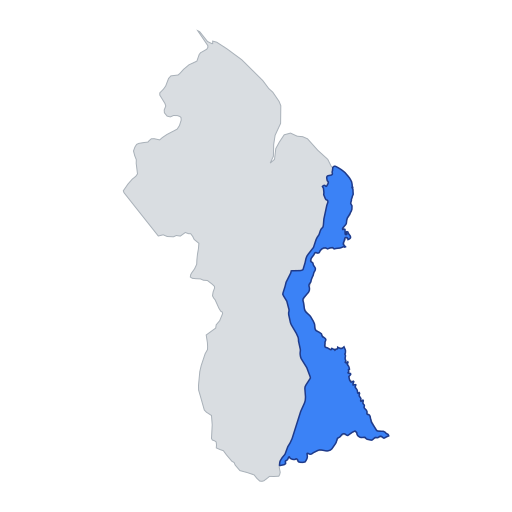 East Berbice-Corentyne on a map of Guyana (Robinson projection)
{"feature_id": "GUY-671", "entity_name": "East Berbice-Corentyne", "entity_type": "Region", "adm_level": 1, "iso_a3": "GUY", "parent_name": "Guyana", "parent_adm1": "", "projection": "robinson", "projection_center": [-57.523, 3.897], "detail": "fine", "context": "in_parent", "style": "filled", "palette": "blue", "viewbox_px": 512, "rotation_deg": 0, "n_neighbors": 0, "source": "natural_earth", "source_scale": "10m", "svg_char_len": 9598}
<svg xmlns="http://www.w3.org/2000/svg" viewBox="0 0 512 512"><path d="M158.3,236.0L146.8,221.5L135.3,207.0L124.0,192.7L123.3,190.8L128.0,184.0L132.3,179.1L135.8,176.3L137.5,173.9L136.2,163.4L136.3,159.7L134.7,155.6L133.5,151.0L134.9,147.1L136.6,144.4L138.8,143.4L144.1,142.5L147.9,142.1L149.2,140.6L151.3,138.8L154.2,138.7L159.7,139.9L162.3,137.6L166.9,134.5L177.2,129.1L179.5,125.5L181.2,120.1L181.0,117.5L179.9,116.5L177.4,115.6L173.5,115.5L170.3,116.9L167.1,116.1L164.4,112.8L164.2,110.0L165.8,106.0L164.9,103.4L159.8,95.1L159.8,92.9L163.5,89.1L165.7,86.0L168.6,78.4L170.9,75.9L178.1,75.0L179.9,73.4L183.6,69.3L189.0,64.8L196.9,61.1L199.2,54.5L200.6,52.7L206.8,49.2L207.9,47.3L207.8,45.6L197.7,30.7L199.7,31.7L207.5,41.5L211.8,43.6L212.7,43.6L212.7,41.1L216.7,42.2L226.9,48.8L241.8,59.8L262.8,80.6L268.7,88.5L272.8,92.2L279.0,101.3L280.8,105.7L280.6,123.4L275.1,135.3L273.7,144.3L273.4,156.2L270.2,163.1L274.5,159.4L275.8,148.6L279.4,142.0L284.2,134.8L290.5,133.1L297.2,136.2L302.7,136.7L307.5,138.8L317.8,150.3L327.8,159.4L331.4,166.7L342.1,170.3L348.3,176.1L350.3,181.1L351.6,194.1L349.5,213.7L350.1,214.7L347.2,218.6L346.7,221.1L344.9,225.4L343.4,227.8L345.5,233.2L347.9,233.5L348.8,234.2L349.4,235.2L349.3,236.4L348.4,237.4L346.1,238.7L343.9,241.9L344.1,245.3L342.7,247.1L338.4,248.1L329.8,248.1L325.6,248.3L322.2,248.9L320.0,251.1L317.2,252.7L314.9,253.1L313.0,255.7L311.0,259.4L311.7,261.9L313.7,265.3L314.9,268.7L313.3,274.3L311.6,278.6L310.6,281.9L309.3,288.2L306.0,295.2L303.6,299.1L303.6,303.4L304.8,309.5L311.5,318.5L313.8,322.7L315.6,329.5L321.7,334.9L325.5,339.3L325.2,345.0L325.7,346.8L328.0,348.2L330.9,349.4L334.1,349.3L337.0,348.8L337.6,348.0L344.2,347.9L345.0,349.3L345.4,357.6L345.6,360.9L347.2,362.3L348.1,364.3L348.2,366.2L348.5,370.8L349.5,373.2L349.3,378.2L350.0,380.0L351.8,381.2L354.1,384.7L355.0,385.2L355.4,386.4L357.4,391.5L358.4,393.0L359.1,393.2L359.4,395.0L360.8,399.7L361.8,400.8L363.6,404.3L364.4,408.1L366.8,412.3L369.3,415.3L370.4,418.4L373.6,425.3L376.7,430.1L380.9,431.3L384.3,432.0L386.5,433.8L388.7,435.8L386.4,436.8L384.3,438.0L381.4,437.0L377.5,437.6L373.3,438.9L369.5,439.6L362.3,437.4L360.1,437.1L358.6,436.2L355.7,431.9L354.2,431.4L350.4,433.4L345.8,434.8L343.5,434.5L340.8,436.0L338.3,437.9L333.6,446.2L331.1,449.1L328.5,450.4L323.2,450.4L317.6,450.7L313.4,452.7L309.4,453.7L307.5,453.9L306.8,458.4L305.9,460.5L304.7,461.7L301.6,462.1L298.8,461.9L297.2,460.0L294.1,459.1L291.3,458.4L289.5,457.3L288.1,457.6L286.9,459.5L285.9,461.1L285.1,464.1L280.9,465.0L279.1,466.7L280.2,472.3L279.7,474.5L278.8,476.2L273.8,476.5L269.5,476.4L267.0,478.4L263.9,480.8L262.0,481.3L259.8,481.1L256.9,478.4L254.1,474.9L247.0,472.5L239.9,470.6L235.2,465.1L234.1,462.5L231.9,461.3L226.4,454.8L223.4,450.7L220.1,449.6L216.3,447.9L216.5,444.9L216.2,442.0L214.6,440.8L212.3,440.0L211.5,438.4L211.7,434.6L212.2,424.8L211.5,415.5L206.4,412.2L204.3,410.0L200.4,396.2L198.6,390.0L198.5,385.4L199.8,371.6L201.2,365.6L205.2,353.6L207.5,349.6L207.6,346.5L207.4,342.6L206.2,335.0L212.9,330.1L215.7,328.1L216.2,324.8L219.7,320.7L221.3,316.8L222.6,313.7L222.3,312.1L220.7,311.2L218.9,308.2L215.1,299.8L213.7,298.1L212.5,295.8L213.1,292.0L214.6,288.0L214.4,286.3L212.1,284.1L207.4,280.5L203.4,280.2L200.4,278.9L195.9,278.7L192.3,278.3L190.3,277.0L190.7,274.7L191.6,273.0L194.6,268.8L196.7,264.3L196.9,259.8L197.5,254.0L198.4,249.0L198.9,243.3L194.2,239.5L192.7,236.4L190.7,233.7L188.6,233.7L185.3,232.5L180.3,236.1L176.3,235.5L173.5,236.8L167.2,236.5L163.2,234.8L158.3,236.0Z" fill="#d9dde1" stroke="#a8b0b8" stroke-width="1"/><path d="M344.0,346.8L345.3,349.9L345.5,350.8L345.4,352.9L345.3,353.3L344.8,354.0L345.0,354.6L345.3,355.1L345.5,355.8L345.4,356.5L345.1,357.8L345.1,358.5L345.2,359.2L345.8,360.6L345.6,361.4L345.3,361.9L345.2,362.3L345.8,362.8L346.3,362.9L346.9,362.7L347.7,361.9L347.8,362.2L348.0,362.3L347.2,364.1L347.7,365.2L348.6,366.2L349.1,367.5L349.5,369.3L349.3,369.5L348.6,369.5L348.4,369.7L348.7,371.4L348.0,372.8L348.7,373.3L350.5,373.5L350.7,374.4L350.1,375.2L349.3,376.0L348.8,376.6L349.5,379.8L349.7,380.4L350.1,380.7L350.6,381.8L351.2,382.1L351.7,382.0L352.8,381.4L353.4,381.2L353.8,381.7L352.9,383.9L353.2,385.0L353.4,384.9L355.3,384.6L355.8,384.8L355.7,385.5L355.1,386.9L355.4,387.7L356.8,389.4L357.3,390.5L357.6,392.9L358.1,393.3L359.2,392.6L359.6,393.3L359.2,394.9L359.2,395.9L359.5,396.5L360.8,398.3L360.9,398.7L360.6,400.8L361.0,401.3L361.7,401.0L362.9,400.1L363.3,400.7L363.2,401.4L363.0,402.0L362.9,402.6L363.0,403.5L363.3,404.0L364.2,405.0L364.4,405.6L364.3,406.2L364.0,407.1L364.4,408.2L366.3,410.1L367.0,411.5L366.9,413.7L367.2,414.2L367.7,414.5L368.9,414.8L369.4,415.1L370.1,416.3L370.6,419.0L371.0,420.3L371.4,422.1L376.6,430.5L378.1,431.2L383.4,431.3L385.5,432.5L385.8,433.0L386.1,433.4L386.6,433.7L387.7,434.1L388.2,434.6L388.5,435.2L388.7,435.9L386.2,437.0L384.5,438.0L383.7,438.1L382.9,437.6L382.1,436.9L381.2,436.3L380.2,436.2L379.3,436.6L378.6,437.2L377.8,437.7L376.7,437.6L375.6,437.4L374.9,437.6L372.5,439.7L371.9,440.1L371.1,440.1L367.3,439.3L366.6,439.0L365.7,438.2L365.4,437.6L364.9,437.3L363.7,437.3L361.9,437.5L361.0,437.5L360.1,437.3L358.6,436.4L357.6,435.5L357.0,434.2L356.7,432.5L355.0,431.0L352.4,432.2L347.8,435.5L346.7,435.2L344.7,433.8L343.4,433.7L342.2,434.2L341.4,435.0L340.7,436.0L339.9,436.9L338.7,437.6L338.0,437.9L337.4,438.4L336.1,442.5L335.5,443.6L331.9,448.8L330.3,450.1L327.8,450.9L326.1,450.9L321.5,450.0L319.6,449.9L317.9,450.4L313.5,452.6L311.7,453.9L310.7,454.2L309.8,454.2L308.2,453.4L307.3,453.3L307.0,453.7L307.1,454.7L307.4,456.6L307.2,457.6L306.9,458.8L305.9,460.7L305.1,461.9L302.8,462.4L300.2,462.3L298.5,461.8L298.1,461.3L297.7,459.9L297.3,459.4L296.4,458.8L295.8,458.9L295.3,459.3L294.6,459.5L293.6,459.5L292.4,459.3L291.3,458.9L290.3,458.4L289.9,457.9L289.4,456.9L289.2,456.8L288.6,457.2L287.9,458.9L287.5,459.7L287.0,460.1L285.8,460.7L285.4,461.1L285.3,461.7L285.6,463.0L285.6,463.6L284.1,464.7L279.5,465.6L279.4,465.8L279.8,462.1L280.3,460.7L282.2,457.6L284.5,454.9L285.1,454.0L287.8,446.7L290.1,442.9L292.1,438.6L300.7,411.4L304.4,403.2L305.1,401.1L305.3,399.9L305.4,398.7L305.5,396.9L304.9,389.0L304.9,388.1L305.1,386.7L306.0,384.9L310.2,378.4L310.4,378.0L310.2,376.8L306.8,367.7L301.1,358.5L300.5,356.6L300.2,354.8L300.1,353.1L300.4,350.3L300.3,349.2L298.5,341.0L298.5,339.6L298.3,338.2L298.1,337.3L296.3,333.3L291.3,324.8L290.9,323.9L290.4,322.5L288.7,314.7L288.6,312.8L289.0,311.0L289.0,309.7L286.8,301.2L283.6,296.0L282.8,294.3L283.0,293.0L285.1,286.3L286.1,282.2L290.7,273.1L291.3,270.8L300.4,270.6L302.0,270.2L303.0,269.6L305.1,262.6L305.9,258.8L306.8,256.3L308.2,254.2L313.5,247.4L316.1,239.5L317.2,237.3L319.0,234.7L320.3,230.8L321.1,229.1L322.9,227.1L323.2,226.1L323.4,224.8L323.9,218.9L326.8,205.3L327.8,202.5L327.9,202.0L327.8,200.9L327.0,200.0L326.2,199.8L325.4,198.8L323.7,194.7L323.9,192.6L323.6,189.7L323.4,188.2L322.4,186.5L323.1,185.8L324.2,185.3L324.6,185.4L324.9,185.5L325.8,186.3L326.1,186.4L326.4,186.3L326.9,185.7L328.1,183.5L328.3,182.1L328.1,181.6L327.3,180.8L327.2,180.5L326.8,178.6L326.7,177.6L326.8,176.9L327.3,176.1L327.6,175.9L328.5,175.6L330.7,175.2L331.5,175.0L332.0,174.6L332.3,174.3L332.4,173.9L332.4,173.5L332.1,172.2L332.3,171.1L332.6,170.4L332.5,170.0L332.7,168.7L332.7,167.7L333.4,166.9L333.9,166.5L334.1,166.3L334.4,166.2L335.4,166.3L336.5,166.8L338.5,167.9L340.9,169.4L342.8,170.8L345.0,172.6L349.4,177.8L350.5,179.6L351.6,181.8L352.1,184.3L352.2,185.8L352.4,186.6L352.7,187.2L352.8,187.7L352.9,188.4L352.1,187.1L351.7,186.7L353.0,189.7L353.0,191.1L353.2,194.3L352.3,196.4L352.1,197.5L351.4,199.3L351.4,200.6L350.9,202.1L350.7,203.5L352.0,205.9L351.9,209.2L351.3,211.1L350.6,212.3L350.0,213.7L347.2,218.2L347.2,218.6L346.7,219.9L346.6,220.9L346.5,222.2L346.3,223.6L345.7,224.6L343.1,227.6L342.7,228.2L342.5,228.9L342.7,229.5L343.2,229.5L344.0,229.1L344.5,229.3L344.8,229.3L345.0,229.4L345.1,233.7L345.2,234.2L345.5,234.5L345.9,234.7L346.4,234.6L346.8,234.4L346.9,233.9L346.4,233.2L346.1,232.6L346.2,232.0L346.6,231.7L347.2,231.7L347.8,231.9L348.0,232.3L348.4,233.4L350.2,235.9L350.6,237.1L350.4,238.0L349.7,238.7L348.9,239.2L348.0,239.6L347.7,238.4L347.3,237.8L346.6,237.5L345.6,237.5L345.0,237.9L344.7,238.7L344.3,240.5L343.5,242.5L343.3,243.2L343.3,244.1L343.5,244.7L345.5,246.8L344.9,247.1L344.5,247.1L344.1,246.9L343.6,246.8L342.8,246.9L341.4,247.6L340.0,248.0L335.7,248.5L334.8,248.8L334.1,248.9L333.8,248.7L332.9,247.8L332.6,247.6L331.3,247.7L330.0,247.9L327.6,248.9L325.5,247.8L323.5,248.0L321.7,249.0L320.2,250.6L319.4,252.3L318.8,252.9L317.5,253.1L316.8,252.9L316.3,252.6L315.7,252.5L315.1,252.7L314.7,253.1L313.6,255.2L311.8,257.4L311.0,258.8L310.6,260.9L311.0,261.7L311.9,262.2L312.8,262.9L313.5,265.4L315.0,267.5L315.4,268.6L315.3,269.8L314.9,270.8L313.9,272.4L313.1,275.5L312.2,277.3L311.2,280.0L310.8,282.0L309.6,283.6L309.1,284.5L308.9,285.7L309.1,286.6L309.4,287.6L309.5,288.6L309.4,290.1L309.0,291.3L308.4,292.4L303.7,297.8L303.0,299.1L302.9,300.4L303.6,303.0L304.3,308.3L304.8,310.4L306.1,312.3L309.7,315.5L310.6,316.6L313.3,321.2L314.5,324.0L314.7,325.2L314.8,327.9L315.2,329.2L315.8,330.4L316.7,331.0L319.3,332.3L321.4,333.8L321.6,334.2L321.8,335.3L322.3,336.2L322.4,336.6L322.6,336.9L322.9,337.0L323.5,337.1L323.6,337.3L324.9,338.2L325.8,339.3L325.7,340.4L324.9,342.2L325.0,343.4L324.7,345.4L324.8,346.0L325.0,346.8L325.2,347.1L325.5,347.3L325.9,347.5L327.5,347.9L330.1,349.5L330.7,349.7L331.2,349.6L331.7,348.4L332.4,348.6L333.4,349.3L334.3,349.4L334.6,349.6L334.9,350.2L335.3,349.9L335.8,349.3L337.3,348.9L337.7,348.3L337.7,347.2L339.4,348.1L340.8,348.6L342.3,348.3L344.0,346.8Z" fill="#3b82f6" stroke="#1e3a8a" stroke-width="1.5"/></svg>